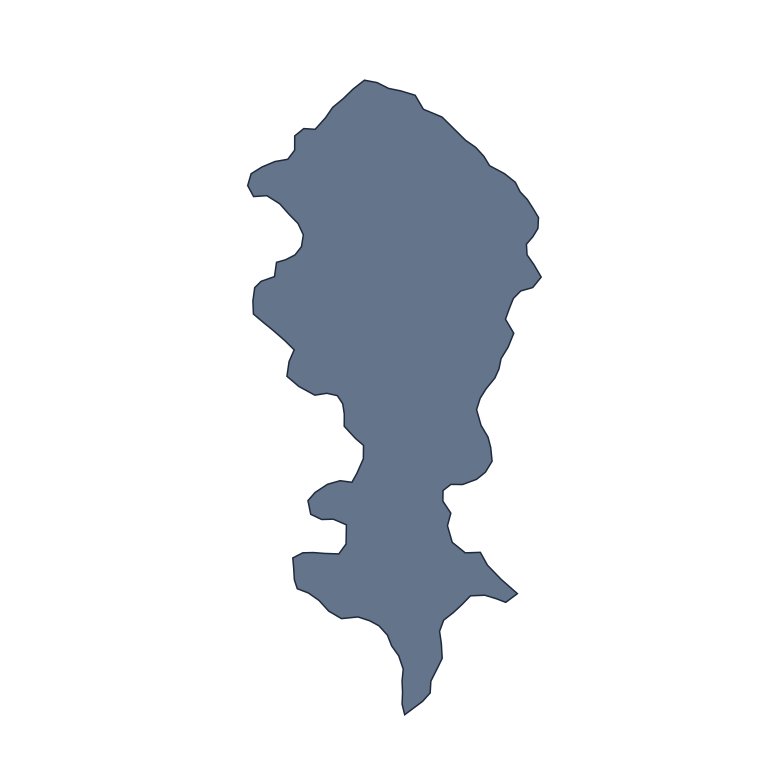 outline of Rio Doce, Minas Gerais, Brazil, rotated 129°
{"feature_id": "56859067B3793838419052", "entity_name": "Rio Doce", "entity_type": "district", "adm_level": 2, "iso_a3": "BRA", "parent_name": "Brazil", "parent_adm1": "Minas Gerais", "projection": "robinson", "projection_center": [-42.893, -20.212], "detail": "fine", "context": "isolated", "style": "filled", "palette": "slate", "viewbox_px": 768, "rotation_deg": 129, "n_neighbors": 0, "source": "geoboundaries", "source_scale": "gbopen_adm2", "svg_char_len": 1959}
<svg xmlns="http://www.w3.org/2000/svg" viewBox="0 0 768 768"><g transform="rotate(129 384 384)"><path d="M214.0,597.0L229.4,597.8L236.0,607.1L247.4,609.5L258.5,600.6L269.9,600.2L279.8,608.8L292.1,615.4L304.2,619.6L315.6,614.8L320.4,603.3L311.4,593.6L309.6,578.4L311.9,564.4L313.4,551.7L318.9,540.5L329.2,534.6L339.7,534.4L349.6,538.8L357.1,544.1L369.4,536.7L381.5,544.1L390.5,545.1L401.9,538.2L411.8,529.5L412.1,516.4L412.1,504.1L412.7,488.2L414.0,475.3L426.3,471.9L439.1,464.3L439.5,448.6L436.2,430.7L427.2,422.6L422.4,412.9L425.4,403.6L432.3,396.0L441.9,388.3L444.3,371.6L444.6,361.3L455.1,353.0L470.7,348.8L480.6,347.1L486.7,357.2L497.5,364.8L511.6,369.3L522.5,369.7L531.4,358.9L528.5,347.1L521.0,338.4L517.1,324.6L532.2,312.8L544.5,312.2L553.1,323.6L559.5,332.9L566.3,340.9L576.6,345.4L584.5,337.8L592.6,330.4L597.7,322.5L594.0,311.3L593.1,298.2L595.3,284.0L593.1,269.4L581.4,257.6L577.0,246.1L575.1,235.8L577.0,223.3L582.7,213.3L586.0,201.5L593.5,189.6L603.4,183.1L612.0,175.5L621.4,168.5L628.0,159.8L619.0,157.5L606.4,154.3L595.0,153.7L585.4,160.6L571.5,163.6L560.6,166.1L549.6,176.1L541.2,185.2L530.0,189.0L517.7,186.2L506.3,184.6L494.2,183.5L484.7,172.7L480.1,161.3L477.1,152.0L463.0,148.4L462.1,170.0L459.7,189.6L454.2,203.2L464.1,214.6L464.1,231.3L454.2,245.5L442.3,250.8L438.0,264.5L429.6,271.1L419.9,268.8L412.7,259.7L399.9,252.1L388.7,249.7L376.0,251.4L366.1,261.2L359.8,269.8L355.1,282.5L345.7,295.9L334.5,300.3L323.7,301.6L309.6,301.6L300.0,304.1L290.6,309.0L277.4,310.7L262.9,315.1L257.2,330.4L244.9,334.6L236.1,337.3L225.7,336.3L215.4,329.1L202.0,329.1L196.9,342.6L193.6,354.1L185.7,361.3L175.8,361.0L166.2,362.3L157.4,368.7L153.6,379.2L150.4,388.8L149.0,399.1L144.6,408.9L144.7,422.6L147.9,439.3L144.2,449.7L142.4,461.6L143.3,474.0L141.8,488.9L140.0,506.8L145.7,526.3L140.0,541.5L145.7,555.5L151.4,566.5L154.1,579.0L160.2,590.4L174.0,593.6L188.1,595.3L201.3,598.0L214.0,597.0Z" fill="#64748b" stroke="#1e293b" stroke-width="1.5"/></g></svg>